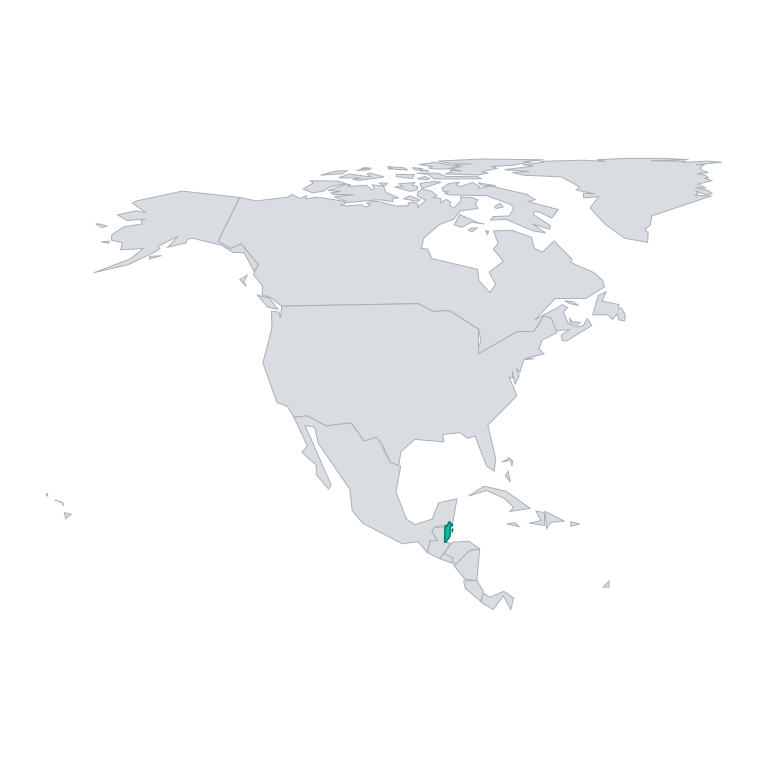 Belize highlighted on a map of North America
{"feature_id": "BLZ", "entity_name": "Belize", "entity_type": "country or territory", "adm_level": 0, "iso_a3": "BLZ", "parent_name": "North America", "parent_adm1": "", "projection": "equal_earth", "projection_center": [-88.465, 17.185], "detail": "fine", "context": "in_parent", "style": "filled", "palette": "teal", "viewbox_px": 768, "rotation_deg": 0, "n_neighbors": 17, "source": "natural_earth", "source_scale": "50m", "svg_char_len": 9689}
<svg xmlns="http://www.w3.org/2000/svg" viewBox="0 0 768 768"><path d="M281.7,306.1L270.2,297.4L262.1,294.8L262.5,285.8L253.2,274.3L258.4,265.0L241.2,243.9L230.6,248.6L218.0,241.2L239.7,197.5L255.9,200.9L287.2,197.3L292.2,194.5L300.0,198.5L306.4,195.8L305.8,198.8L317.6,197.2L341.4,200.8L346.2,202.9L340.0,205.0L347.1,206.0L361.8,204.7L365.6,207.3L370.5,205.1L366.7,203.3L369.6,201.9L377.8,201.3L396.1,206.1L408.4,205.6L408.2,202.9L411.9,202.2L418.0,203.6L417.7,207.7L425.9,200.1L417.2,196.0L417.9,191.7L422.7,189.0L431.7,191.3L436.9,195.6L433.3,197.6L440.7,198.4L440.6,202.6L446.0,199.4L450.8,202.0L449.6,205.2L453.6,208.1L460.6,201.3L460.7,196.9L472.3,197.8L477.8,199.8L475.3,204.1L478.0,208.5L460.1,210.9L453.8,219.1L439.5,224.6L423.7,238.1L421.3,248.3L427.8,249.2L431.6,258.5L477.6,269.4L478.8,280.2L489.9,292.6L495.6,284.4L489.1,272.1L503.4,261.5L493.4,249.1L498.1,243.6L493.6,230.9L511.9,230.3L531.4,237.3L534.4,248.3L542.4,252.3L554.0,241.0L571.9,259.1L570.8,262.6L593.5,272.4L602.6,280.3L604.5,286.9L586.0,298.4L555.4,298.5L534.9,319.8L562.7,304.7L567.5,307.7L563.5,311.9L568.3,323.6L575.2,326.8L583.3,325.8L587.2,318.6L591.8,325.6L566.1,341.1L562.2,340.6L561.3,335.1L569.4,329.7L555.9,330.7L551.2,318.3L543.7,315.9L534.1,331.5L517.2,331.6L479.9,353.6L476.3,351.6L481.1,340.9L478.6,329.3L449.4,310.5L433.4,311.5L418.2,303.7L281.7,306.1ZM468.2,230.3L471.3,228.0L477.2,228.0L472.3,231.7L468.2,230.3ZM482.5,185.8L478.2,182.8L496.1,185.8L487.8,185.6L482.5,185.8ZM487.2,234.4L485.7,230.6L488.7,231.7L487.2,234.4ZM429.6,178.5L427.4,179.8L417.4,178.7L425.0,176.5L429.6,178.5ZM429.2,171.1L420.6,171.0L419.7,170.2L427.1,170.3L429.2,171.1ZM411.9,167.6L423.0,168.7L416.5,170.2L411.9,167.6ZM481.6,178.7L434.0,179.0L428.8,174.5L416.9,173.2L437.3,173.1L446.3,176.6L476.5,176.3L481.6,178.7ZM360.0,169.7L370.5,169.8L356.7,170.5L360.0,169.7ZM365.0,167.6L371.6,168.3L360.9,168.7L365.0,167.6ZM606.0,291.9L602.2,301.1L619.0,304.6L618.5,309.1L621.6,308.0L625.3,315.3L624.4,320.9L618.7,319.9L617.2,313.9L612.6,319.4L607.5,314.7L592.7,314.9L598.3,295.5L606.0,291.9ZM459.7,214.6L478.3,222.8L484.5,224.0L471.6,222.2L461.6,227.3L454.3,224.9L459.7,214.6ZM479.0,188.5L490.1,186.0L526.7,194.3L535.1,199.7L528.2,201.6L558.3,209.6L551.8,218.0L538.8,211.7L533.5,212.2L533.5,214.8L550.4,225.7L549.7,229.2L532.5,224.0L545.4,232.9L533.4,230.9L506.3,219.5L490.7,220.0L493.1,216.6L509.5,215.9L513.7,207.7L510.4,204.3L486.7,195.7L448.1,194.8L444.9,193.4L449.0,191.7L443.4,191.6L442.2,187.9L449.2,183.3L459.1,182.4L456.3,184.6L459.4,186.8L472.5,182.6L479.4,186.2L479.0,188.5ZM420.0,183.6L433.9,181.4L441.2,182.2L422.0,188.5L420.0,183.6ZM320.6,175.1L336.0,171.1L346.9,170.7L342.4,173.8L320.6,175.1ZM239.8,279.4L247.2,275.3L243.8,281.9L246.5,286.7L239.8,279.4ZM387.1,166.6L403.9,167.8L407.8,170.0L387.8,168.8L391.5,168.1L387.1,166.6ZM277.7,309.2L267.7,307.2L257.6,295.2L269.4,298.1L277.7,309.2ZM310.4,180.8L338.3,181.1L345.4,183.5L330.0,186.9L323.7,191.0L312.7,192.9L303.1,189.2L313.3,182.8L310.4,180.8ZM370.6,173.1L384.2,177.0L358.8,180.4L352.8,179.4L361.1,178.0L338.8,177.8L348.7,174.0L371.6,177.0L367.0,174.1L370.6,173.1ZM372.3,184.8L383.6,186.3L386.1,192.5L398.6,198.0L392.0,198.4L392.8,201.5L378.9,199.7L348.7,202.4L334.2,196.5L354.2,194.9L332.7,194.3L331.1,192.8L340.7,191.3L328.1,190.4L346.4,184.1L350.2,184.7L347.8,186.4L366.4,185.3L372.0,190.0L374.3,188.5L372.3,184.8ZM402.8,186.2L398.8,183.9L414.9,182.5L412.1,185.2L417.8,186.7L416.8,190.0L410.2,191.4L394.7,186.9L402.8,186.2ZM379.6,183.1L384.7,182.9L387.5,183.7L383.7,186.0L379.6,183.1ZM396.4,174.4L414.4,174.6L412.4,178.5L396.3,176.7L396.4,174.4ZM419.2,164.6L434.9,162.3L458.6,166.5L446.9,169.0L432.8,168.9L429.0,167.9L432.0,166.4L419.2,164.6ZM437.9,161.1L481.4,159.0L543.4,159.8L523.4,161.9L531.1,161.8L511.5,165.4L491.0,166.5L496.0,166.8L493.6,167.2L496.8,168.4L481.2,171.9L488.2,173.1L478.5,174.9L445.2,174.0L451.6,172.0L449.7,170.1L461.9,171.0L450.8,168.8L461.2,166.5L454.5,164.4L472.8,163.9L452.1,163.8L437.9,161.1ZM503.1,207.0L496.0,208.5L494.8,206.4L499.8,203.4L503.1,207.0ZM410.3,195.8L420.2,200.0L417.6,201.4L403.7,198.8L410.3,195.8ZM564.7,300.7L572.9,301.7L578.7,305.5L569.7,303.6L564.7,300.7ZM569.8,318.5L572.0,321.6L580.3,322.3L576.5,325.3L569.8,322.6L569.8,318.5Z" fill="#d9dde1" stroke="#a8b0b8" stroke-width="1"/><path d="M281.7,306.1L418.2,303.7L433.4,311.5L449.4,310.5L478.6,329.3L478.6,353.6L517.2,331.6L534.1,331.5L543.7,315.9L551.2,318.3L557.0,332.8L541.9,340.2L539.1,349.1L544.0,353.8L525.1,358.6L534.2,358.6L523.9,359.8L519.8,372.2L516.3,368.3L519.2,375.9L515.1,384.1L512.2,370.7L512.7,378.1L509.2,377.0L516.8,395.8L487.8,425.2L495.7,458.6L494.2,471.1L486.6,466.1L475.0,436.1L467.4,438.3L460.3,432.7L442.8,434.5L443.8,441.8L414.8,439.4L401.0,451.6L398.5,466.3L390.3,462.4L380.4,440.2L364.0,441.0L351.0,422.9L326.2,425.9L307.1,415.9L293.9,417.3L287.6,406.6L276.9,402.4L262.9,362.8L271.9,328.2L271.5,311.2L279.0,312.1L280.4,318.1L281.7,306.1ZM239.7,197.5L218.0,241.2L230.6,248.6L241.2,243.9L258.4,265.0L254.1,271.3L244.1,252.8L232.8,252.3L221.3,245.2L192.6,238.2L187.2,239.3L186.3,242.9L167.7,247.2L178.4,236.1L158.0,246.2L159.9,248.8L153.6,252.7L128.3,264.6L93.9,272.7L130.2,258.9L143.3,248.5L120.6,249.8L122.4,242.8L111.6,240.1L111.6,235.1L115.3,232.2L124.0,226.9L142.1,223.9L141.0,220.8L145.4,219.0L126.7,220.6L117.7,214.9L135.8,210.8L145.9,212.9L132.5,203.1L136.5,200.9L182.2,191.1L239.7,197.5ZM95.7,223.8L100.6,224.2L106.9,226.1L102.1,227.7L95.7,223.8ZM64.3,512.7L71.3,514.2L65.7,518.7L64.3,512.7ZM62.8,502.7L63.4,506.1L62.1,503.4L62.8,502.7ZM59.4,501.1L61.9,502.3L58.9,502.1L59.4,501.1ZM54.6,500.4L57.3,500.4L56.9,500.8L54.6,500.4ZM47.5,493.4L47.7,496.1L46.1,494.7L47.5,493.4ZM101.4,241.7L109.5,241.3L108.6,243.3L101.4,241.7ZM149.7,256.4L161.5,255.7L149.1,259.0L149.7,256.4Z" fill="#d9dde1" stroke="#a8b0b8" stroke-width="1"/><path d="M544.3,512.6L544.8,525.4L529.0,523.1L541.0,520.6L535.9,511.1L544.3,512.6Z" fill="#d9dde1" stroke="#a8b0b8" stroke-width="1"/><path d="M546.7,528.8L545.0,511.3L564.0,521.0L550.6,522.5L546.7,528.8Z" fill="#d9dde1" stroke="#a8b0b8" stroke-width="1"/><path d="M502.1,462.0L507.9,458.9L508.1,460.8L502.1,462.0ZM508.2,457.4L512.7,460.8L511.9,466.1L510.8,461.2L508.2,457.4ZM505.3,475.8L508.1,471.3L510.4,481.9L505.3,475.8Z" fill="#d9dde1" stroke="#a8b0b8" stroke-width="1"/><path d="M597.0,159.8L624.9,158.4L665.7,158.4L688.8,159.7L650.2,160.6L685.9,161.4L682.9,162.5L708.1,161.1L721.9,162.3L695.8,164.6L704.3,164.7L699.9,167.9L702.4,170.7L708.3,172.5L697.2,173.6L705.3,175.1L708.3,177.7L704.5,178.0L711.6,180.7L698.1,184.1L705.9,188.1L695.8,187.5L708.5,190.7L712.2,193.8L705.7,194.5L695.2,190.8L698.3,193.4L695.1,195.5L711.3,195.9L651.8,215.9L650.2,225.2L644.9,229.1L648.2,233.0L647.6,242.3L624.8,238.3L605.5,224.5L590.2,208.1L598.5,196.7L583.8,197.9L583.3,193.2L595.4,194.1L576.4,190.0L579.5,186.6L561.2,176.9L523.6,175.2L512.2,172.5L529.1,171.5L504.7,169.7L531.6,166.3L532.7,165.5L522.8,164.7L542.9,162.2L541.1,161.3L584.3,160.2L605.9,161.6L597.0,159.8Z" fill="#d9dde1" stroke="#a8b0b8" stroke-width="1"/><path d="M293.9,417.3L307.1,415.9L326.2,425.9L351.0,422.9L364.0,441.0L376.7,437.2L390.3,462.4L400.7,466.1L395.9,491.9L406.6,519.4L414.9,524.6L432.2,519.0L438.7,502.8L457.0,498.7L452.6,523.7L434.5,527.1L431.9,531.5L437.5,540.6L430.1,540.6L427.3,552.5L417.9,541.6L402.5,543.8L363.1,523.5L352.2,510.8L350.0,489.4L318.3,443.3L314.6,427.1L305.0,425.5L331.2,484.9L328.5,489.0L316.3,474.6L316.3,465.1L301.9,452.4L307.4,446.1L293.9,417.3Z" fill="#d9dde1" stroke="#a8b0b8" stroke-width="1"/><path d="M513.7,598.2L510.7,609.6L503.4,595.7L493.2,609.6L481.7,602.9L481.2,591.9L489.9,597.3L503.9,591.3L513.7,598.2Z" fill="#d9dde1" stroke="#a8b0b8" stroke-width="1"/><path d="M483.4,591.2L481.0,601.7L465.3,588.3L463.6,580.8L476.9,580.5L483.4,591.2Z" fill="#d9dde1" stroke="#a8b0b8" stroke-width="1"/><path d="M476.9,580.5L465.0,579.3L453.6,565.1L469.4,550.5L479.6,548.9L476.9,580.5Z" fill="#d9dde1" stroke="#a8b0b8" stroke-width="1"/><path d="M479.6,548.9L469.4,550.5L455.6,564.5L443.9,553.3L452.2,542.2L469.0,541.2L479.6,548.9Z" fill="#d9dde1" stroke="#a8b0b8" stroke-width="1"/><path d="M443.9,553.3L453.3,558.3L452.2,563.3L439.6,558.7L443.9,553.3Z" fill="#d9dde1" stroke="#a8b0b8" stroke-width="1"/><path d="M427.3,552.5L430.1,540.6L437.5,540.6L431.9,531.5L434.5,527.1L445.1,527.2L444.6,542.0L450.4,543.3L443.9,553.3L439.6,558.7L427.3,552.5Z" fill="#d9dde1" stroke="#a8b0b8" stroke-width="1"/><path d="M571.0,521.7L579.7,524.0L570.7,526.2L571.0,521.7Z" fill="#d9dde1" stroke="#a8b0b8" stroke-width="1"/><path d="M506.9,524.0L515.1,522.7L519.1,526.6L506.9,524.0Z" fill="#d9dde1" stroke="#a8b0b8" stroke-width="1"/><path d="M483.9,486.2L506.1,491.3L530.1,508.3L509.9,511.5L513.6,507.3L504.1,498.3L486.6,490.4L468.7,496.0L483.9,486.2Z" fill="#d9dde1" stroke="#a8b0b8" stroke-width="1"/><path d="M603.1,587.1L609.0,581.1L609.0,587.0L603.1,587.1Z" fill="#d9dde1" stroke="#a8b0b8" stroke-width="1"/><path d="M445.0,527.2L445.0,526.5L445.2,526.0L445.6,525.7L446.3,526.2L446.5,526.4L446.8,526.3L447.0,526.0L447.4,525.2L448.3,523.5L448.7,522.3L449.0,522.1L449.5,522.0L450.0,522.1L449.7,523.0L450.0,523.1L450.9,523.1L451.2,524.0L451.1,524.8L450.5,526.9L450.4,527.7L450.1,528.7L450.5,529.5L450.1,530.4L450.0,531.0L450.0,532.0L450.2,533.7L449.9,536.3L449.3,537.4L449.0,537.8L448.4,538.9L447.7,539.2L446.6,541.0L446.4,541.5L446.5,542.0L446.3,542.0L445.3,541.9L444.6,542.0L444.6,540.0L444.7,537.1L444.8,534.9L444.8,532.8L444.9,531.2L445.0,529.0L445.0,527.2ZM451.9,526.3L451.7,526.5L451.9,526.0L451.9,525.7L452.2,524.6L452.5,524.6L451.9,526.3ZM452.5,530.2L452.1,531.3L452.0,530.9L452.2,530.2L452.5,529.9L452.6,529.6L452.6,529.2L452.9,529.4L452.8,529.7L452.5,530.2Z" fill="#14b8a6" stroke="#0f766e" stroke-width="1.5"/></svg>